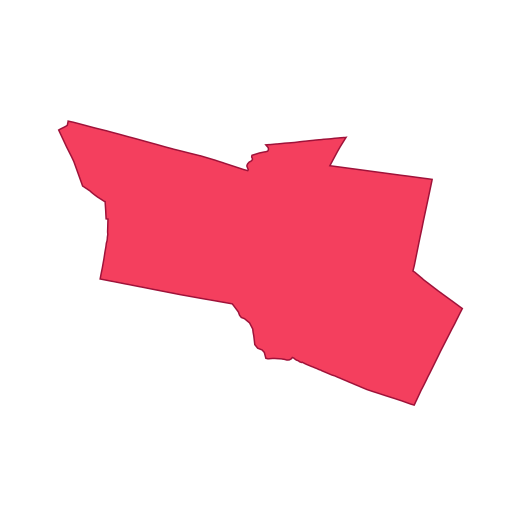 the district of Ramnicelu, Buzau, Romania, rotated 277°
{"feature_id": "2599482B19117099311007", "entity_name": "Ramnicelu", "entity_type": "district", "adm_level": 2, "iso_a3": "ROU", "parent_name": "Romania", "parent_adm1": "Buzau", "projection": "albers", "projection_center": [27.132, 45.371], "detail": "fine", "context": "isolated", "style": "filled", "palette": "rose", "viewbox_px": 512, "rotation_deg": 277, "n_neighbors": 0, "source": "geoboundaries", "source_scale": "gbopen_adm2", "svg_char_len": 4027}
<svg xmlns="http://www.w3.org/2000/svg" viewBox="0 0 512 512"><g transform="rotate(277 256 256)"><path d="M229.0,467.2L230.2,465.0L230.7,464.1L232.7,460.6L243.7,440.8L253.1,424.8L253.7,424.1L259.3,415.5L260.2,413.6L266.1,414.3L294.6,416.5L303.6,417.3L311.6,417.9L329.6,419.5L351.8,421.4L353.5,421.5L353.6,416.8L353.6,413.2L353.8,396.7L353.8,390.6L354.0,373.0L354.3,347.8L354.5,328.9L354.6,318.3L369.8,324.2L374.8,326.3L384.7,330.9L384.6,330.6L384.3,329.0L384.3,328.6L383.9,326.9L383.8,326.2L383.0,322.6L382.3,319.1L382.0,318.1L381.4,315.7L380.9,313.2L380.2,309.6L380.1,308.9L379.6,307.1L379.3,305.8L379.1,304.6L378.3,300.9L377.8,298.9L377.0,295.3L376.2,292.0L375.5,288.7L374.7,285.4L374.1,283.2L373.4,280.5L372.9,278.0L372.3,275.2L372.1,274.0L371.7,271.9L371.4,270.4L370.6,267.1L370.3,265.6L369.9,264.0L369.6,262.2L369.0,259.6L368.3,256.5L368.2,256.0L368.2,255.6L367.8,253.7L367.5,252.2L366.2,253.6L365.1,254.9L363.7,255.3L363.1,255.3L362.8,255.3L362.0,255.1L361.7,254.9L361.2,254.5L361.1,253.9L360.6,252.9L360.3,251.6L358.7,246.9L355.5,239.8L354.5,239.6L353.6,239.7L352.5,240.4L351.7,240.7L350.5,240.3L349.4,239.3L348.4,237.8L346.5,236.5L345.0,236.0L344.1,236.0L342.9,236.6L340.8,237.8L339.7,237.4L340.3,233.2L341.9,225.1L344.2,213.4L344.4,212.5L344.5,212.2L345.1,208.9L345.8,205.3L346.2,203.4L346.4,202.1L347.3,196.8L348.7,188.5L348.7,188.0L350.2,175.7L350.9,170.3L351.5,165.3L352.0,161.0L352.2,160.0L352.9,154.8L353.4,151.4L353.8,148.9L354.3,145.6L354.7,143.1L355.2,139.6L355.7,136.2L356.2,132.8L357.6,123.5L358.5,117.1L358.6,116.0L359.6,109.4L360.1,106.0L360.4,103.9L361.0,99.5L361.8,94.0L362.1,92.2L362.1,91.8L363.2,82.6L363.7,78.7L364.6,72.2L364.8,70.9L365.0,69.4L365.8,63.7L366.6,57.7L366.6,57.2L367.0,53.1L366.4,53.1L362.8,52.8L362.0,52.0L360.5,49.9L358.6,47.0L357.7,45.7L357.0,44.8L347.6,50.7L341.2,54.7L331.8,61.0L327.5,63.7L304.3,75.4L300.3,83.4L299.3,84.7L298.6,85.8L297.0,88.4L295.2,91.6L291.7,98.9L291.6,99.6L283.2,101.2L274.6,102.7L274.6,104.6L273.3,104.7L266.9,105.3L262.5,105.7L261.6,105.8L260.2,106.1L259.0,106.3L257.6,106.2L256.3,106.2L255.1,106.3L254.2,106.3L253.5,106.3L253.1,106.3L252.3,106.2L251.1,106.0L250.6,105.9L247.0,105.9L241.3,105.6L234.3,105.4L232.8,105.3L225.2,104.9L220.3,104.5L214.2,104.1L214.1,105.5L213.5,113.8L208.4,185.9L208.2,189.7L207.2,207.7L205.8,235.1L205.6,238.3L202.0,241.8L198.3,245.3L195.2,246.9L193.2,248.9L192.4,252.2L188.8,257.8L184.7,260.6L183.1,261.7L182.5,261.8L179.7,262.5L176.2,263.6L167.9,265.6L164.7,268.9L163.5,273.5L161.3,276.0L156.8,277.8L155.7,278.2L155.4,280.3L155.5,281.1L155.7,281.9L156.4,285.2L156.6,287.0L156.7,289.2L157.0,293.7L156.9,295.1L156.9,296.6L156.5,299.4L156.9,301.6L158.1,303.4L158.6,303.8L159.1,304.1L159.4,304.3L159.7,304.4L159.6,304.8L159.5,305.2L159.4,305.7L159.2,306.1L158.9,306.5L158.7,306.8L158.4,307.3L158.0,308.0L157.7,308.6L157.5,309.2L157.4,309.8L157.3,310.3L157.2,310.6L157.2,310.8L156.8,311.4L156.6,311.7L156.4,312.0L156.3,312.3L156.2,312.7L156.1,313.3L156.0,313.6L155.9,314.0L155.9,314.3L156.0,314.6L156.2,315.0L156.0,315.3L155.8,316.1L155.4,316.9L154.7,319.0L154.3,320.4L153.8,322.2L153.4,323.6L153.0,325.1L152.9,325.7L152.2,328.1L151.7,330.2L151.4,331.0L151.1,331.9L150.8,332.9L150.7,334.1L150.2,335.1L148.2,342.1L147.5,344.5L147.3,345.3L147.1,345.9L147.0,346.4L147.0,346.9L146.8,347.6L146.7,348.5L145.5,352.4L145.4,352.8L145.2,353.7L144.6,355.6L142.9,361.6L142.3,363.5L141.4,366.9L140.5,369.9L139.3,374.3L138.8,375.9L137.0,382.3L135.8,388.1L134.9,392.9L133.1,402.0L131.8,409.0L131.6,410.2L130.3,416.7L130.0,418.3L128.8,423.5L128.2,426.2L127.8,427.9L127.5,430.1L127.3,430.9L127.3,431.2L128.0,431.4L129.4,431.9L130.5,432.2L132.2,432.8L140.2,435.4L141.8,435.9L143.6,436.5L144.3,436.8L145.3,437.2L146.2,437.5L147.5,438.0L152.0,439.6L154.6,440.5L156.8,441.2L160.8,442.7L162.8,443.4L164.8,444.1L168.5,445.4L179.1,449.1L184.1,450.8L189.8,452.9L202.9,457.7L207.1,459.2L211.2,460.8L213.3,461.6L217.4,463.0L218.2,463.3L220.1,464.0L220.7,464.2L222.7,464.9L224.9,465.7L229.0,467.2Z" fill="#f43f5e" stroke="#9f1239" stroke-width="1.5"/></g></svg>